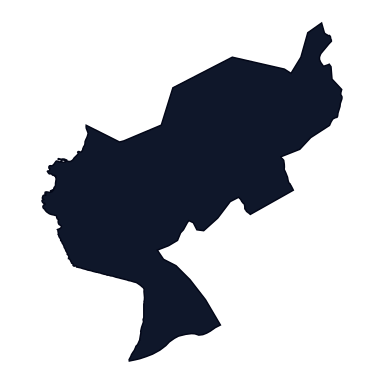 the district of Ciceron, Castries, Saint Lucia
{"feature_id": "8701671B92087442166631", "entity_name": "Ciceron", "entity_type": "district", "adm_level": 2, "iso_a3": "LCA", "parent_name": "Saint Lucia", "parent_adm1": "Castries", "projection": "orthographic", "projection_center": [-61.013, 13.992], "detail": "fine", "context": "isolated", "style": "filled", "palette": "ink", "viewbox_px": 384, "rotation_deg": 0, "n_neighbors": 0, "source": "geoboundaries", "source_scale": "gbopen_adm2", "svg_char_len": 5762}
<svg xmlns="http://www.w3.org/2000/svg" viewBox="0 0 384 384"><path d="M220.4,325.0L205.5,299.7L190.0,279.7L176.0,265.7L163.5,259.3L157.3,250.1L168.6,245.7L177.5,240.4L180.6,232.8L183.4,229.8L187.3,222.7L188.8,220.6L193.3,222.7L196.9,229.8L203.7,230.7L217.7,218.1L230.2,201.6L238.7,197.2L239.1,197.8L240.6,199.3L241.0,200.0L241.7,201.3L243.1,203.1L243.8,203.6L244.4,204.4L244.8,206.7L244.8,208.5L245.3,209.6L245.7,209.8L246.6,211.5L247.5,212.0L248.1,212.6L248.9,213.1L250.3,214.4L293.3,190.2L292.8,189.1L291.1,185.8L290.4,184.7L290.0,183.8L289.2,183.2L288.8,182.6L288.5,181.8L288.1,180.5L287.5,177.1L287.1,176.2L285.8,172.9L285.3,171.8L284.3,169.7L284.2,169.1L284.4,167.1L284.3,164.5L283.9,161.6L283.7,160.3L282.3,158.7L281.0,157.6L280.8,156.8L299.8,149.3L310.7,137.6L329.5,125.4L331.0,122.0L332.7,119.1L335.0,117.8L337.0,117.3L337.6,116.2L338.0,113.0L340.0,106.5L340.3,103.6L341.9,98.8L342.0,96.9L341.3,95.4L340.6,94.3L340.8,93.6L340.9,92.4L341.7,89.5L332.0,79.1L331.0,66.7L329.2,64.2L328.3,64.7L323.5,66.3L320.7,62.4L319.5,59.5L319.5,57.1L320.3,54.8L321.0,53.4L328.9,43.9L331.4,41.3L331.3,40.7L331.4,40.1L330.9,39.3L330.6,38.0L330.5,36.9L329.9,35.9L329.2,35.4L328.1,35.6L327.4,35.4L327.2,34.9L327.0,34.7L326.4,34.5L325.2,33.7L324.4,32.9L321.6,23.0L307.8,32.7L300.9,57.2L291.0,73.4L284.4,69.1L232.3,57.2L172.9,87.8L161.3,125.1L123.8,140.9L119.5,142.0L107.2,135.8L86.2,125.3L86.1,126.6L86.2,127.6L86.3,128.4L87.8,132.2L88.1,133.3L88.0,134.1L87.7,135.0L87.5,135.8L86.9,137.5L85.9,139.5L85.1,141.5L85.0,143.1L84.9,144.2L84.6,145.2L84.1,146.1L83.8,146.4L83.6,146.8L82.8,148.8L82.7,149.7L81.9,151.2L81.5,151.8L80.8,152.0L80.4,152.1L79.9,151.9L79.4,151.7L78.9,151.5L78.2,151.6L77.9,151.8L77.7,152.3L78.1,152.8L78.3,153.5L78.0,154.0L77.0,155.2L74.1,158.0L73.3,159.3L72.6,160.1L72.1,160.5L71.0,161.2L70.0,161.5L68.9,161.5L67.0,161.1L66.6,161.0L66.4,161.0L66.9,160.5L66.8,160.2L66.6,159.9L66.2,160.0L65.4,160.5L65.4,160.9L65.6,161.3L65.5,161.6L65.2,161.9L64.7,162.1L63.9,162.3L63.2,162.4L62.8,162.3L62.1,162.0L61.8,161.8L61.6,161.3L61.7,161.0L62.0,160.3L62.4,160.0L63.5,160.0L64.4,160.4L64.7,160.5L65.5,160.1L65.5,159.8L65.1,159.4L64.8,159.2L64.1,159.1L63.5,159.0L62.5,159.0L61.0,159.3L60.8,159.3L60.6,159.1L59.8,159.0L59.3,158.9L59.1,158.7L58.6,158.6L58.4,158.7L58.1,159.0L58.2,159.3L58.5,159.5L59.0,159.6L59.6,159.5L60.5,159.5L61.3,159.9L61.4,160.2L61.4,160.6L60.8,161.5L60.2,161.9L59.5,161.9L58.2,161.5L57.6,161.2L56.9,161.0L56.5,161.0L56.0,161.3L54.0,164.1L53.3,164.9L52.5,165.5L51.7,165.8L51.1,165.8L50.7,165.7L50.2,165.7L49.7,165.8L49.4,166.0L49.0,166.5L48.9,167.2L48.9,168.1L49.3,168.4L49.8,168.6L49.8,169.0L49.6,170.0L48.8,171.0L48.4,171.1L48.1,171.0L47.7,171.0L47.4,171.3L48.2,172.7L49.2,173.8L49.6,173.9L50.1,173.7L50.7,173.9L51.1,173.8L51.6,174.0L51.9,174.4L52.3,174.9L53.2,175.4L53.5,175.2L53.9,175.2L54.9,175.5L55.6,176.0L55.2,176.4L55.5,176.5L55.8,177.8L56.2,178.8L56.1,179.4L55.5,183.2L55.5,184.9L55.3,185.9L55.1,186.3L54.8,186.8L54.1,187.4L54.5,188.4L54.4,188.6L54.0,188.8L53.7,188.8L53.6,189.8L53.3,190.4L53.0,190.6L53.0,190.2L52.6,189.9L52.3,189.9L52.1,190.3L51.8,190.6L51.1,190.6L50.6,190.8L50.6,191.1L50.9,191.1L51.8,191.5L51.8,191.8L51.1,192.2L50.4,192.4L49.6,192.4L48.9,192.3L47.4,192.0L46.4,191.9L45.3,192.1L45.1,192.6L45.8,193.2L45.0,193.6L45.2,194.6L45.4,194.7L45.7,194.7L45.8,195.0L45.7,195.3L45.2,195.3L44.5,195.0L43.9,195.2L43.1,195.6L42.6,196.9L42.3,198.1L42.6,198.4L43.3,198.9L43.7,199.5L43.0,199.6L42.1,200.3L42.0,201.0L42.4,202.0L42.9,202.7L43.8,203.4L44.1,203.4L44.6,203.2L44.8,203.3L44.7,203.8L45.0,204.2L45.0,204.5L44.8,204.7L44.6,204.7L44.4,204.6L44.2,204.7L43.8,205.0L43.2,205.7L42.9,206.6L43.1,207.7L43.5,208.3L44.2,208.9L44.6,208.9L45.2,210.3L45.6,210.6L45.8,211.0L46.7,211.9L49.4,213.8L51.4,214.5L54.7,215.2L55.0,215.4L56.1,215.5L56.6,216.4L56.7,217.0L56.7,217.6L57.4,219.0L58.0,219.2L58.6,219.7L58.5,220.2L58.2,220.8L58.2,221.2L58.2,222.3L58.4,223.2L59.0,224.4L59.4,224.7L60.0,225.0L61.1,225.8L61.4,226.2L61.4,226.6L61.2,227.3L60.8,227.9L60.3,228.3L58.5,229.2L57.7,229.4L57.4,229.6L58.1,230.4L58.0,230.6L58.0,231.1L58.1,232.1L58.4,233.0L58.5,233.4L58.1,234.1L58.1,234.4L58.4,234.6L58.7,235.6L59.2,237.0L60.1,238.3L60.6,239.0L60.7,239.9L60.7,240.6L61.7,241.4L62.0,242.1L62.0,242.7L62.3,243.2L62.8,243.9L63.2,244.5L64.0,246.3L64.2,247.3L64.4,247.8L64.8,248.2L65.3,249.2L65.7,250.3L66.2,251.5L66.5,251.7L67.2,253.0L67.3,253.7L67.2,254.0L67.2,254.3L68.1,255.1L68.4,255.6L68.8,256.5L68.9,257.3L68.7,257.9L68.5,258.0L68.5,258.3L68.5,258.6L69.0,258.6L70.1,259.7L70.7,261.0L71.0,261.7L71.3,262.0L71.4,262.4L71.6,263.1L73.0,263.9L73.2,264.3L73.0,265.1L73.2,265.5L73.5,265.9L74.3,266.1L74.6,266.1L75.0,265.7L75.7,265.8L76.1,266.1L76.3,266.7L76.6,267.0L77.1,267.2L77.4,267.1L77.6,266.9L78.1,267.3L78.4,267.4L80.5,267.8L83.1,268.7L85.2,269.2L86.5,269.6L87.4,270.0L91.1,270.7L92.8,271.3L96.3,272.2L98.6,272.5L98.9,272.8L99.1,272.9L99.9,272.8L100.5,272.9L100.9,273.3L102.9,273.9L104.4,274.3L105.4,274.4L106.0,274.6L107.0,275.1L107.7,275.2L108.3,275.1L110.9,275.9L112.4,276.0L116.0,277.2L127.3,280.0L127.7,280.2L128.5,280.5L129.2,280.7L129.9,280.7L132.0,281.3L133.8,281.9L135.9,282.4L137.0,282.9L140.5,285.3L142.1,286.8L142.8,287.2L143.9,288.6L144.2,290.0L144.0,290.8L144.0,291.8L144.5,297.5L144.4,299.8L144.0,301.8L144.3,302.0L143.8,304.1L143.8,317.5L143.1,319.6L143.5,321.9L141.6,327.3L140.7,331.3L140.9,332.9L140.4,335.5L139.7,339.8L139.8,340.2L139.5,340.4L137.6,344.6L136.0,346.2L135.5,347.6L134.3,350.4L133.4,351.6L131.5,354.6L130.8,356.5L129.1,359.6L129.3,361.0L135.1,359.8L139.8,358.7L146.1,356.6L152.6,354.1L159.9,350.1L165.8,345.6L169.3,341.9L174.4,338.3L178.5,336.1L185.8,334.3L191.5,333.6L194.9,333.8L198.8,335.1L202.9,334.6L206.7,333.1L210.3,331.1L215.3,327.6L220.4,325.0Z" fill="#0f172a" stroke="#020617" stroke-width="1.5"/></svg>